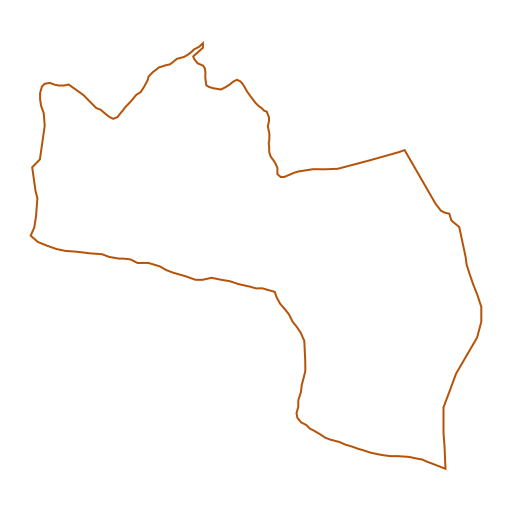 outline of Etsako East, Edo, Nigeria
{"feature_id": "59680162B2904770846082", "entity_name": "Etsako East", "entity_type": "district", "adm_level": 2, "iso_a3": "NGA", "parent_name": "Nigeria", "parent_adm1": "Edo", "projection": "albers", "projection_center": [6.475, 7.187], "detail": "fine", "context": "isolated", "style": "outline", "palette": "amber", "viewbox_px": 512, "rotation_deg": 0, "n_neighbors": 0, "source": "geoboundaries", "source_scale": "gbopen_adm2", "svg_char_len": 2666}
<svg xmlns="http://www.w3.org/2000/svg" viewBox="0 0 512 512"><path d="M481.3,319.6L481.3,306.9L477.1,294.2L472.9,283.6L469.1,272.4L466.6,264.6L465.7,257.3L459.2,227.0L456.1,224.4L451.4,220.5L449.3,213.7L444.3,212.5L440.9,210.7L435.5,203.7L412.0,162.9L404.6,150.1L399.3,152.0L369.5,160.4L337.7,168.8L324.7,169.3L315.9,169.2L312.9,169.2L306.1,170.3L298.8,171.4L294.8,172.5L284.1,177.0L280.7,177.0L277.4,174.1L277.4,167.8L275.3,163.2L273.0,159.7L270.8,156.8L269.2,152.1L269.2,146.9L268.7,143.5L269.3,140.0L269.4,133.7L268.6,130.0L267.8,126.2L268.4,123.9L269.0,121.0L269.0,117.5L266.8,111.7L264.0,110.6L261.8,108.2L258.5,105.9L255.5,102.9L250.7,96.6L247.4,92.0L245.7,89.1L243.0,84.4L240.4,81.4L237.0,79.8L233.4,81.5L230.0,84.3L225.5,87.2L220.9,89.5L213.1,88.2L209.1,87.0L206.3,85.3L205.3,77.8L205.4,72.0L204.9,68.6L203.2,65.7L197.6,63.3L194.3,59.2L193.2,56.4L202.9,47.8L202.9,43.2L199.2,46.7L193.9,49.5L192.1,51.4L188.6,54.2L184.2,56.9L177.0,58.8L173.5,61.6L169.9,64.4L165.5,65.3L162.8,66.3L159.3,67.2L155.7,70.0L153.1,71.9L148.6,76.5L147.7,80.1L144.2,86.6L140.7,92.1L136.2,94.9L130.9,101.3L124.7,107.8L122.9,110.5L121.1,112.4L117.6,117.0L113.2,118.8L109.6,117.0L106.0,114.3L100.7,109.8L96.2,108.0L93.5,105.3L88.2,99.9L83.7,95.3L77.5,90.8L68.6,84.5L64.1,85.5L58.8,85.5L54.3,84.6L49.9,82.9L48.1,83.2L44.6,83.8L41.9,86.6L40.1,93.0L40.1,99.4L41.1,105.8L43.7,113.1L43.9,114.7L44.7,125.9L39.9,159.4L32.2,167.3L35.5,190.9L37.4,198.2L36.0,216.4L34.3,227.4L30.7,235.7L37.9,242.0L46.8,245.6L56.6,249.1L61.2,250.0L62.7,250.3L63.9,250.6L65.5,250.9L76.2,251.7L83.3,252.5L90.4,253.4L102.0,254.2L109.1,256.9L118.9,258.6L123.3,258.6L130.5,259.4L137.6,263.0L148.3,262.9L151.3,263.8L159.9,266.4L166.1,270.0L173.2,272.7L179.5,274.5L185.7,276.3L195.5,279.8L202.6,279.8L211.5,277.8L220.4,279.6L224.9,280.4L230.2,281.3L238.2,284.0L240.1,284.5L249.8,286.6L256.1,288.4L262.3,288.3L268.5,290.1L274.8,291.9L276.6,297.3L280.1,303.7L285.5,310.0L289.1,314.6L291.9,320.3L292.7,321.8L297.1,327.3L297.3,327.6L297.6,328.1L298.8,329.9L300.7,332.7L304.3,340.9L305.2,360.1L305.3,364.7L305.3,368.8L305.3,371.1L303.5,378.4L301.8,384.8L300.9,392.1L298.8,398.7L298.3,400.4L298.3,403.6L298.3,406.8L296.5,413.2L297.4,417.8L301.0,422.3L306.3,425.0L309.9,428.6L313.5,430.4L319.7,434.0L325.1,437.6L329.5,439.4L339.4,442.0L341.9,443.1L345.6,444.7L351.8,446.5L359.0,449.1L362.5,450.0L370.6,452.7L378.6,454.4L383.9,455.3L390.2,456.1L397.3,456.1L408.9,456.9L416.1,458.4L416.9,458.6L422.2,459.5L426.8,461.6L430.8,463.1L445.5,468.8L444.7,450.5L444.6,447.6L443.5,432.8L443.5,407.4L450.0,390.1L456.1,373.6L476.2,339.1L477.1,337.6L480.5,324.7L481.3,321.7L481.3,319.6Z" fill="none" stroke="#b45309" stroke-width="2"/></svg>